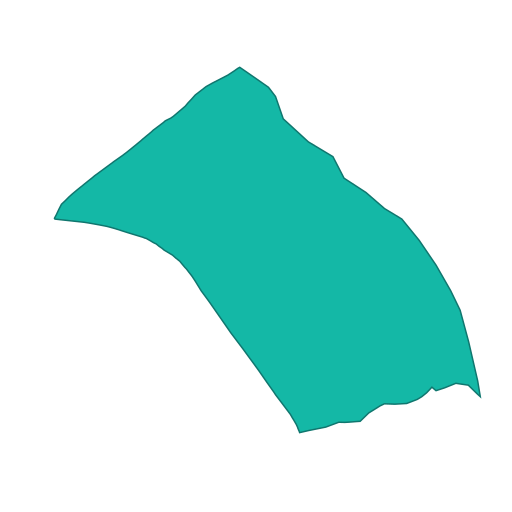 the district of Rodney Heights, Gros Islet, Saint Lucia, rotated 257°
{"feature_id": "8701671B40211912929953", "entity_name": "Rodney Heights", "entity_type": "district", "adm_level": 2, "iso_a3": "LCA", "parent_name": "Saint Lucia", "parent_adm1": "Gros Islet", "projection": "mercator", "projection_center": [-60.949, 14.068], "detail": "fine", "context": "isolated", "style": "filled", "palette": "teal", "viewbox_px": 512, "rotation_deg": 257, "n_neighbors": 0, "source": "geoboundaries", "source_scale": "gbopen_adm2", "svg_char_len": 1848}
<svg xmlns="http://www.w3.org/2000/svg" viewBox="0 0 512 512"><g transform="rotate(257 256 256)"><path d="M338.1,68.1L337.2,68.4L335.5,73.2L327.5,96.2L325.6,100.9L321.7,110.0L318.4,117.4L316.5,121.0L314.3,125.0L308.0,135.6L302.8,144.6L299.7,150.0L298.4,151.8L297.9,152.9L294.8,156.3L292.0,159.2L290.2,161.5L287.3,163.7L284.6,166.2L282.4,167.8L275.6,174.9L273.6,176.3L272.0,177.4L268.0,180.6L265.3,181.9L261.0,184.1L259.0,185.3L255.2,187.0L252.7,188.2L250.2,189.3L245.3,191.1L238.8,193.3L234.3,194.8L226.7,198.1L220.8,200.6L210.3,204.8L186.5,214.3L184.1,215.4L172.4,220.6L169.3,222.0L158.3,226.7L151.1,229.8L144.0,232.8L133.5,237.0L130.7,238.1L119.3,242.8L116.5,243.8L106.5,248.3L103.1,249.8L93.9,253.9L93.2,254.1L90.2,255.0L87.6,255.9L84.0,257.0L82.7,257.4L81.2,257.7L79.7,258.0L79.1,258.0L78.1,258.2L77.1,258.3L75.9,258.6L74.1,258.8L74.1,259.7L74.1,267.9L73.9,275.3L73.6,285.5L75.4,299.3L73.9,305.1L73.1,309.9L72.1,316.6L71.5,320.3L77.7,330.5L82.0,343.0L83.1,347.9L80.4,358.0L78.4,369.6L79.2,375.3L80.0,380.9L81.6,385.8L84.3,391.4L88.6,397.9L84.3,401.1L85.1,410.0L87.0,422.1L82.4,433.8L71.8,440.6L68.5,442.9L84.5,443.9L108.0,443.9L124.4,443.9L157.2,442.7L178.3,437.9L206.5,429.4L234.6,418.5L240.9,415.4L259.2,406.4L273.3,391.9L293.2,377.4L312.0,359.3L335.5,353.3L355.4,332.7L378.7,316.7L383.5,313.4L407.0,310.9L417.6,306.1L436.3,289.2L443.5,282.6L442.9,280.4L441.9,278.0L441.5,277.1L438.6,269.3L434.3,252.4L432.3,245.5L426.6,233.1L422.8,227.7L420.5,224.2L417.9,220.8L410.6,206.7L409.5,203.9L408.5,199.5L408.0,197.7L407.0,196.0L401.7,184.1L400.5,182.1L395.4,171.9L394.0,169.4L389.5,160.3L387.5,156.2L386.0,153.1L383.7,147.9L380.4,139.7L373.8,124.5L370.5,116.8L369.1,114.1L367.1,109.9L362.3,100.0L360.5,96.3L357.6,90.6L355.6,87.0L352.7,82.4L350.2,78.1L345.8,74.4L341.2,70.8L338.1,68.1Z" fill="#14b8a6" stroke="#0f766e" stroke-width="1.5"/></g></svg>